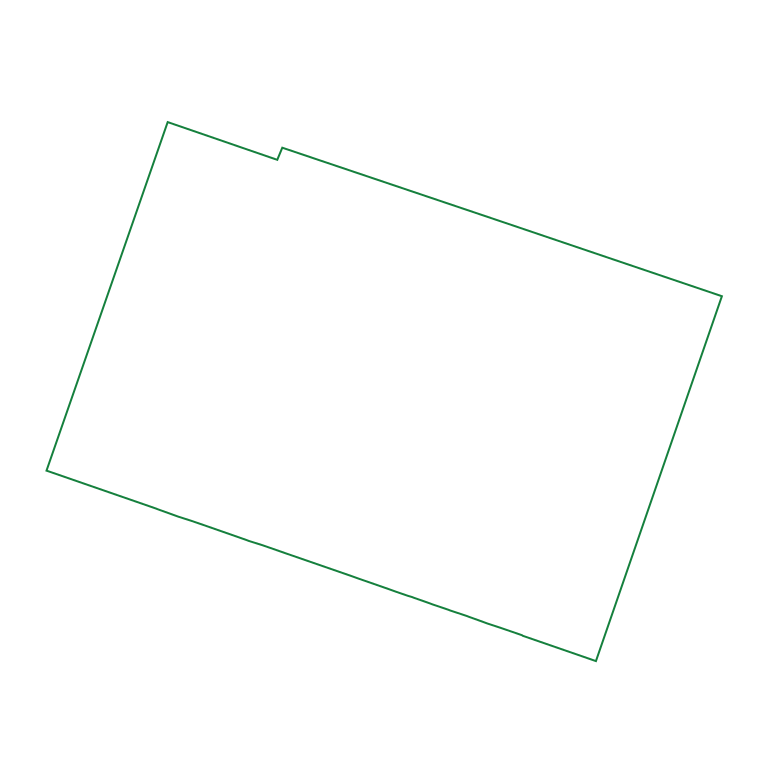 outline of Lincoln, Minnesota, United States of America, rotated 289°
{"feature_id": "52423323B75783073746955", "entity_name": "Lincoln", "entity_type": "district", "adm_level": 2, "iso_a3": "USA", "parent_name": "United States of America", "parent_adm1": "Minnesota", "projection": "equal_earth", "projection_center": [-96.406, 44.414], "detail": "fine", "context": "isolated", "style": "outline", "palette": "green", "viewbox_px": 768, "rotation_deg": 289, "n_neighbors": 0, "source": "geoboundaries", "source_scale": "gbopen_adm2", "svg_char_len": 618}
<svg xmlns="http://www.w3.org/2000/svg" viewBox="0 0 768 768"><g transform="rotate(289 384 384)"><path d="M191.9,210.3L191.6,232.7L191.9,246.0L191.9,259.4L191.7,304.7L191.6,307.6L192.0,321.6L191.9,346.8L191.8,416.2L191.7,424.3L191.6,455.8L191.5,462.8L191.5,475.6L191.7,479.8L191.6,481.9L191.5,498.7L191.4,501.5L191.5,518.4L191.4,520.2L191.6,538.1L191.5,540.3L191.3,555.5L191.2,559.5L191.4,573.9L191.4,577.9L191.4,596.3L191.1,597.2L191.0,674.6L577.0,674.9L575.8,440.5L574.3,210.9L561.2,210.1L561.2,94.2L192.2,93.1L192.2,93.3L192.2,93.9L192.0,209.7L191.9,210.3Z" fill="none" stroke="#15803d" stroke-width="2"/></g></svg>